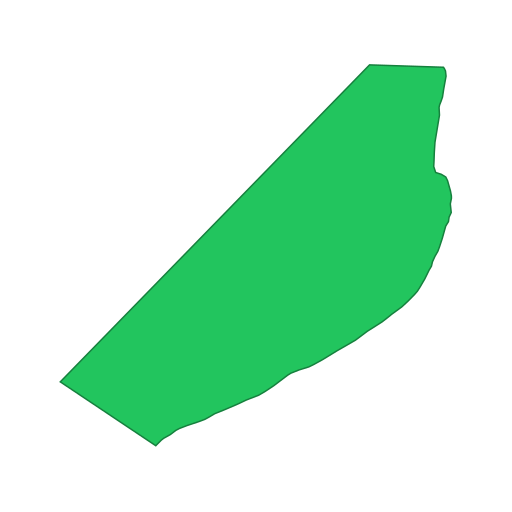 Ngerkeiukl, Palau, rotated 174°
{"feature_id": "81905179B11075638716817", "entity_name": "Ngerkeiukl", "entity_type": "district", "adm_level": 2, "iso_a3": "PLW", "parent_name": "Palau", "parent_adm1": "", "projection": "albers", "projection_center": [134.228, 7.009], "detail": "fine", "context": "isolated", "style": "filled", "palette": "green", "viewbox_px": 512, "rotation_deg": 174, "n_neighbors": 0, "source": "geoboundaries", "source_scale": "gbopen_adm2", "svg_char_len": 989}
<svg xmlns="http://www.w3.org/2000/svg" viewBox="0 0 512 512"><g transform="rotate(174 256 256)"><path d="M463.8,151.3L375.5,77.8L374.7,78.5L369.4,82.8L366.8,84.4L359.8,87.4L353.9,91.0L350.1,92.5L342.3,94.6L330.0,97.3L323.9,98.9L319.6,100.7L313.5,103.5L302.7,106.6L288.6,111.0L280.7,113.8L267.8,117.3L260.8,120.5L251.8,125.2L237.1,134.1L233.6,135.8L225.1,138.2L215.0,140.2L210.1,142.0L200.8,145.9L185.5,153.2L165.9,161.9L153.2,169.5L137.5,177.3L131.7,180.9L127.1,183.9L116.4,190.1L109.7,195.1L102.3,201.2L99.2,204.1L96.4,207.6L90.5,215.6L85.3,223.9L82.6,227.5L81.1,231.8L78.1,236.9L74.7,241.6L72.7,245.6L69.0,253.8L64.2,265.9L61.0,270.1L59.9,274.5L57.3,278.8L57.3,287.5L55.6,293.0L55.4,295.4L55.8,300.4L57.6,310.8L59.0,314.7L63.2,317.9L68.6,320.3L69.9,326.4L69.0,332.1L67.9,340.0L66.1,350.5L58.8,376.9L58.4,384.6L57.6,387.1L55.7,390.7L53.9,394.6L51.9,402.3L48.2,415.0L48.2,420.2L49.0,422.5L49.8,424.1L123.1,434.2L463.8,151.3Z" fill="#22c55e" stroke="#15803d" stroke-width="1.5"/></g></svg>